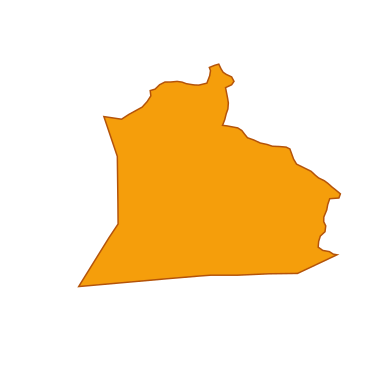 outline of Caiçara do Rio do Vento, Rio Grande do Norte, Brazil, rotated 250°
{"feature_id": "56859067B37257607261932", "entity_name": "Caiçara do Rio do Vento", "entity_type": "district", "adm_level": 2, "iso_a3": "BRA", "parent_name": "Brazil", "parent_adm1": "Rio Grande do Norte", "projection": "natural_earth1", "projection_center": [-36.002, -5.757], "detail": "fine", "context": "isolated", "style": "filled", "palette": "amber", "viewbox_px": 384, "rotation_deg": 250, "n_neighbors": 0, "source": "geoboundaries", "source_scale": "gbopen_adm2", "svg_char_len": 1204}
<svg xmlns="http://www.w3.org/2000/svg" viewBox="0 0 384 384"><g transform="rotate(250 192 192)"><path d="M293.0,135.0L251.0,134.0L206.9,118.6L187.2,111.6L177.4,98.3L144.7,56.7L141.9,53.2L119.2,138.3L110.5,170.3L107.4,181.2L98.3,206.2L88.8,236.4L79.4,263.3L83.4,306.8L85.3,303.5L89.0,300.7L92.4,294.9L97.0,291.7L102.2,294.1L106.7,297.5L109.2,303.4L114.4,306.1L119.0,305.6L123.4,307.3L129.1,312.5L133.7,315.2L138.6,319.1L136.1,328.0L139.5,330.8L145.0,327.6L148.7,325.3L153.7,322.6L157.2,320.3L162.0,315.7L165.4,313.7L170.7,311.0L182.4,299.8L188.1,298.7L199.0,298.7L202.0,295.8L204.7,290.0L207.5,283.2L211.0,278.8L214.7,272.9L219.8,267.8L224.0,262.7L228.3,261.2L232.6,259.9L236.6,256.9L242.1,247.6L244.2,243.5L248.8,247.5L253.8,250.9L257.7,254.1L263.2,256.6L267.8,257.5L278.6,259.2L279.2,265.9L281.6,269.3L286.6,268.6L290.8,264.4L293.9,262.2L297.7,261.4L303.0,260.9L303.3,256.6L303.1,250.9L299.7,250.9L295.2,248.4L289.2,243.2L290.1,235.0L291.8,230.8L293.8,227.1L295.8,223.6L298.6,220.3L301.0,215.9L302.6,209.8L304.6,204.1L303.9,198.3L301.3,192.5L301.6,187.4L296.4,186.2L292.3,180.8L288.8,174.2L288.0,168.9L286.5,159.2L284.5,150.7L293.0,135.0Z" fill="#f59e0b" stroke="#b45309" stroke-width="1.5"/></g></svg>